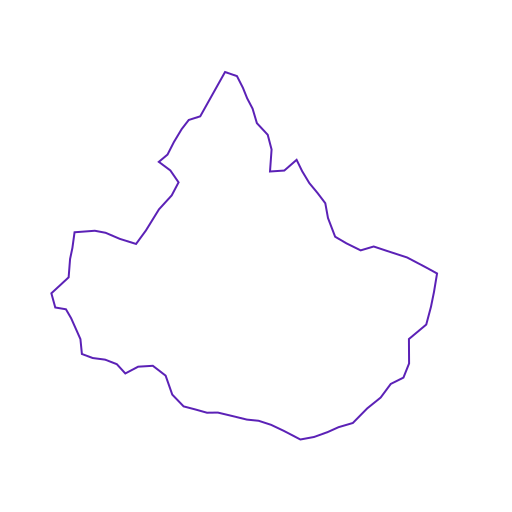 Hortolândia, São Paulo, Brazil, rotated 18°
{"feature_id": "56859067B73549929772376", "entity_name": "Hortolândia", "entity_type": "district", "adm_level": 2, "iso_a3": "BRA", "parent_name": "Brazil", "parent_adm1": "São Paulo", "projection": "albers", "projection_center": [-47.21, -22.87], "detail": "fine", "context": "isolated", "style": "outline", "palette": "violet", "viewbox_px": 512, "rotation_deg": 18, "n_neighbors": 0, "source": "geoboundaries", "source_scale": "gbopen_adm2", "svg_char_len": 1162}
<svg xmlns="http://www.w3.org/2000/svg" viewBox="0 0 512 512"><g transform="rotate(18 256 256)"><path d="M433.6,216.7L421.6,214.4L410.6,212.5L400.1,210.7L389.6,210.7L379.3,210.7L365.0,210.6L353.8,218.3L338.0,216.0L325.3,213.2L312.7,197.6L305.6,184.4L295.1,177.1L284.2,170.2L273.7,161.1L264.9,152.0L256.5,166.0L243.2,171.3L237.9,149.9L229.7,137.1L215.8,129.4L207.2,116.9L198.8,108.7L191.6,100.1L182.3,90.8L169.7,90.6L159.8,140.4L150.0,147.4L146.1,158.3L142.7,173.0L140.5,186.9L134.5,196.5L148.1,201.1L159.6,209.9L157.1,224.4L149.3,241.6L143.4,265.8L138.2,281.6L121.3,281.8L105.8,280.4L94.9,281.8L76.1,289.5L78.9,305.1L80.1,316.3L84.4,334.2L72.9,354.7L81.0,367.0L91.7,365.4L99.4,372.3L107.6,381.4L114.7,389.3L120.7,403.0L132.2,403.5L144.5,401.2L157.1,401.9L168.0,408.1L178.1,397.7L191.8,392.3L207.0,397.7L219.2,413.7L233.6,421.4L245.6,420.7L257.8,420.2L268.1,416.7L281.8,415.6L297.9,414.4L309.4,411.9L322.5,411.9L336.4,413.7L354.9,416.8L367.1,410.2L378.7,401.2L387.4,393.3L399.7,384.9L408.9,366.5L418.3,352.1L423.7,336.0L433.8,326.1L434.8,310.9L427.1,287.7L439.1,268.6L438.1,250.2L436.4,235.3L433.6,216.7Z" fill="none" stroke="#5b21b6" stroke-width="2"/></g></svg>